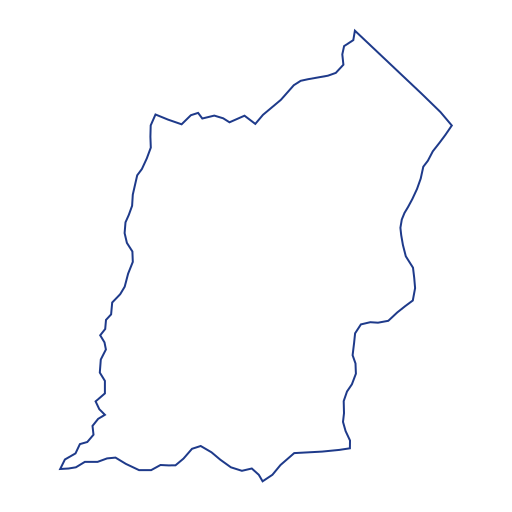 the district of Braúna, São Paulo, Brazil
{"feature_id": "56859067B77471541506596", "entity_name": "Braúna", "entity_type": "district", "adm_level": 2, "iso_a3": "BRA", "parent_name": "Brazil", "parent_adm1": "São Paulo", "projection": "albers", "projection_center": [-50.346, -21.547], "detail": "fine", "context": "isolated", "style": "outline", "palette": "blue", "viewbox_px": 512, "rotation_deg": 0, "n_neighbors": 0, "source": "geoboundaries", "source_scale": "gbopen_adm2", "svg_char_len": 1672}
<svg xmlns="http://www.w3.org/2000/svg" viewBox="0 0 512 512"><path d="M415.1,288.1L414.2,277.7L413.0,267.7L405.8,256.3L402.9,244.9L401.2,235.1L400.4,227.8L401.8,219.5L404.5,212.9L408.1,206.9L412.3,199.1L417.0,189.0L420.7,178.6L423.3,166.7L427.9,160.7L432.8,151.3L439.4,142.9L445.3,135.0L451.8,125.5L440.5,112.1L421.8,93.9L354.9,30.7L353.3,40.1L344.1,46.1L342.3,54.4L343.4,64.7L335.8,72.9L327.9,75.7L308.1,79.2L300.7,80.8L293.8,85.2L280.9,99.8L263.0,114.8L255.3,123.9L244.5,115.7L229.5,122.3L223.2,118.3L214.3,115.6L202.3,118.5L198.1,112.9L190.9,115.2L181.6,124.3L168.0,119.6L155.5,114.5L150.7,125.4L150.4,136.7L150.8,147.6L146.8,158.4L141.9,169.0L137.2,175.3L132.8,194.6L132.1,205.8L128.8,214.9L125.5,222.3L124.6,233.1L126.9,242.9L132.4,251.5L132.8,261.9L128.1,273.7L124.7,286.7L120.2,294.2L112.2,302.5L111.1,314.4L106.0,319.9L105.2,329.0L100.2,335.3L104.5,342.4L105.9,349.5L100.8,359.5L99.8,372.6L104.9,380.9L104.9,393.4L95.6,401.4L99.3,409.2L104.9,414.8L98.2,418.8L92.5,425.9L93.5,434.7L87.3,442.0L79.9,444.1L75.5,453.4L64.9,459.5L60.2,469.0L68.5,468.5L75.9,467.3L84.8,461.9L97.5,461.9L107.1,458.4L115.5,457.6L125.9,463.9L139.0,470.1L151.2,470.1L160.5,465.0L168.5,465.4L175.5,465.3L183.5,458.6L192.0,448.8L200.7,446.0L211.5,452.3L220.3,459.7L230.9,467.3L241.9,470.8L251.8,468.5L258.8,474.8L262.6,481.3L272.4,474.8L280.5,465.0L294.2,453.1L322.0,451.6L339.3,449.9L349.9,448.3L350.0,440.5L345.6,431.1L343.0,421.9L344.0,413.2L343.7,401.1L347.0,391.5L351.9,384.3L355.9,373.7L355.5,363.5L352.6,355.2L354.1,342.9L355.1,333.3L360.9,324.4L370.3,322.2L378.0,322.7L388.3,320.8L397.3,312.4L405.1,306.2L412.8,300.5L415.1,288.1Z" fill="none" stroke="#1e3a8a" stroke-width="2"/></svg>